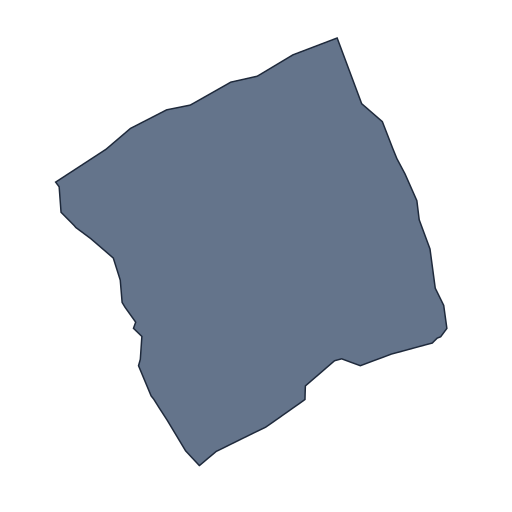 outline of Xanbogd, Ömnögovi, Mongolia, rotated 341°
{"feature_id": "93677404B95802719700643", "entity_name": "Xanbogd", "entity_type": "district", "adm_level": 2, "iso_a3": "MNG", "parent_name": "Mongolia", "parent_adm1": "Ömnögovi", "projection": "orthographic", "projection_center": [107.26, 42.897], "detail": "fine", "context": "isolated", "style": "filled", "palette": "slate", "viewbox_px": 512, "rotation_deg": 341, "n_neighbors": 0, "source": "geoboundaries", "source_scale": "gbopen_adm2", "svg_char_len": 1178}
<svg xmlns="http://www.w3.org/2000/svg" viewBox="0 0 512 512"><g transform="rotate(341 256 256)"><path d="M134.2,435.7L134.3,435.7L135.4,435.3L144.6,431.7L148.1,430.4L154.8,427.8L156.7,427.6L169.8,425.9L183.1,424.2L196.7,422.5L200.1,422.1L203.5,421.7L209.4,421.0L227.3,415.9L228.5,415.5L242.7,411.4L249.7,409.4L255.6,407.6L257.6,402.2L260.4,394.9L273.4,389.7L274.5,389.3L275.0,389.1L285.4,384.9L289.2,383.4L296.2,380.6L303.4,381.1L303.5,381.1L311.3,387.5L315.0,390.5L317.1,392.2L318.9,393.7L332.7,393.3L342.7,393.1L351.9,392.8L352.1,392.8L364.8,393.7L374.2,394.3L387.7,395.2L394.4,395.7L396.1,394.8L400.7,392.6L401.9,392.6L404.3,392.5L412.9,386.6L417.4,363.8L415.0,344.8L422.8,306.0L422.1,274.9L426.1,256.1L423.6,226.8L420.9,209.8L420.3,199.0L419.2,170.1L405.5,146.4L403.7,76.3L403.1,76.3L356.5,77.8L315.7,86.4L288.8,83.4L243.0,91.9L219.1,88.7L178.8,94.5L149.1,106.2L90.6,120.9L92.4,126.5L85.9,151.2L94.0,168.0L94.9,170.4L105.3,185.6L120.4,211.5L119.8,234.6L114.3,256.3L115.5,261.9L120.7,279.4L116.6,284.5L121.9,294.9L113.0,316.0L109.2,321.5L111.3,354.2L112.7,358.1L115.1,368.4L118.6,382.5L126.0,417.3L134.2,435.7Z" fill="#64748b" stroke="#1e293b" stroke-width="1.5"/></g></svg>